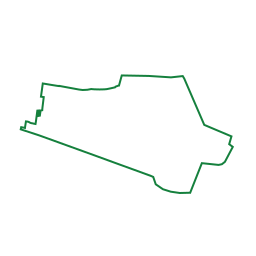 Ánimas Trujano, Oaxaca, Mexico (Equal Earth projection), rotated 277°
{"feature_id": "50627088B99049089169873", "entity_name": "Ánimas Trujano", "entity_type": "district", "adm_level": 2, "iso_a3": "MEX", "parent_name": "Mexico", "parent_adm1": "Oaxaca", "projection": "equal_earth", "projection_center": [-96.715, 16.988], "detail": "fine", "context": "isolated", "style": "outline", "palette": "green", "viewbox_px": 256, "rotation_deg": 277, "n_neighbors": 0, "source": "geoboundaries", "source_scale": "gbopen_adm2", "svg_char_len": 1034}
<svg xmlns="http://www.w3.org/2000/svg" viewBox="0 0 256 256"><g transform="rotate(277 128 128)"><path d="M186.2,176.0L183.5,164.5L182.2,142.3L179.4,115.4L169.1,113.9L169.1,113.7L167.5,110.6L166.8,110.2L165.6,106.9L165.0,105.2L164.0,102.2L163.5,99.9L162.8,95.1L162.3,90.0L162.2,87.7L162.2,86.8L161.0,83.0L160.2,78.4L160.2,74.7L161.4,54.6L161.2,54.5L161.2,53.3L161.4,47.5L161.7,40.6L161.8,38.0L148.5,37.8L148.4,40.6L145.8,40.6L141.6,40.6L138.2,40.6L137.8,40.6L135.2,40.7L134.7,39.1L129.5,39.0L129.4,38.6L129.0,37.4L134.5,37.4L134.2,35.9L123.1,35.8L120.7,35.7L120.8,34.2L121.0,32.7L121.0,31.9L121.1,31.1L121.2,30.4L121.6,29.6L122.0,28.3L122.1,27.5L122.1,26.8L122.1,25.9L115.5,25.7L115.6,25.0L115.7,23.5L115.8,21.9L113.6,21.7L113.1,24.2L109.9,40.5L99.4,86.5L83.2,156.7L82.5,159.0L75.5,162.4L71.5,170.1L70.0,178.2L69.8,187.3L71.3,197.4L71.3,197.6L102.1,205.6L102.4,222.4L103.5,225.6L106.2,228.3L122.0,234.3L124.3,230.4L132.3,231.7L137.7,212.7L140.4,203.3L183.9,177.8L186.2,176.0Z" fill="none" stroke="#15803d" stroke-width="2"/></g></svg>